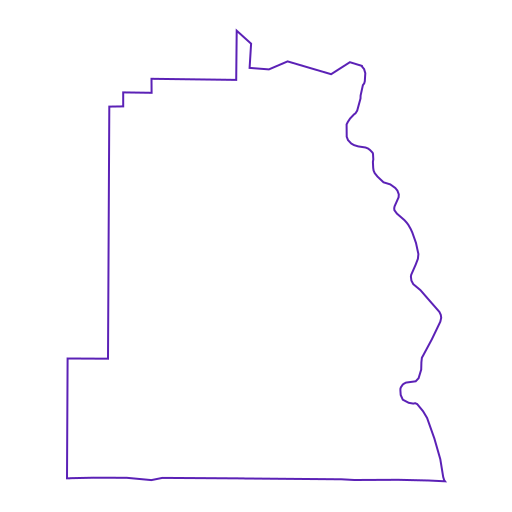 Asotin, Washington, United States of America (Albers equal-area conic projection)
{"feature_id": "52423323B79616802808075", "entity_name": "Asotin", "entity_type": "district", "adm_level": 2, "iso_a3": "USA", "parent_name": "United States of America", "parent_adm1": "Washington", "projection": "albers", "projection_center": [-117.06, 46.229], "detail": "fine", "context": "isolated", "style": "outline", "palette": "violet", "viewbox_px": 512, "rotation_deg": 0, "n_neighbors": 0, "source": "geoboundaries", "source_scale": "gbopen_adm2", "svg_char_len": 1505}
<svg xmlns="http://www.w3.org/2000/svg" viewBox="0 0 512 512"><path d="M361.9,65.9L349.9,62.2L331.1,74.2L287.6,61.4L268.9,69.4L249.6,67.9L251.1,43.7L236.7,30.7L236.2,79.9L151.5,78.8L151.6,92.8L123.2,92.4L123.2,106.4L109.3,106.6L108.0,358.7L67.6,358.5L67.0,478.3L70.0,478.3L70.2,478.2L93.8,477.7L126.8,477.8L151.4,480.1L162.3,477.9L243.4,478.4L244.9,478.5L246.2,478.5L341.8,479.3L354.3,480.0L398.2,479.8L428.5,480.5L445.0,481.3L444.2,480.2L443.2,477.0L440.3,459.2L434.4,438.6L427.1,418.0L423.1,411.3L417.2,404.1L415.2,403.2L413.3,403.6L408.7,402.8L402.8,399.7L400.7,395.0L400.4,390.6L400.4,388.8L400.9,387.3L402.8,384.5L404.1,383.6L406.0,382.6L415.7,381.3L418.6,378.2L421.2,369.6L421.4,362.2L421.9,357.7L423.2,355.4L431.8,339.4L440.3,321.7L441.2,317.8L440.8,314.9L439.4,311.9L427.5,298.3L420.4,290.1L413.3,284.2L411.4,280.6L410.9,276.6L411.2,274.8L415.6,264.8L417.9,258.8L418.4,254.1L416.0,243.0L412.3,232.5L410.7,229.0L408.3,224.8L406.8,222.8L404.5,220.2L396.9,213.6L394.4,210.2L394.2,208.2L394.6,206.3L398.6,197.3L398.8,194.4L397.4,190.6L395.3,188.0L390.3,184.4L383.5,182.3L377.5,176.6L374.7,173.1L373.6,170.6L373.2,167.9L372.9,161.9L373.3,159.4L373.0,153.9L372.6,152.7L370.0,150.0L368.0,148.5L365.5,147.5L358.2,146.4L354.0,145.1L351.2,143.5L348.0,140.1L346.7,136.7L346.7,135.7L346.6,124.4L347.8,122.0L350.1,118.5L354.0,114.4L355.5,113.3L357.2,110.6L360.5,98.5L360.6,95.5L362.9,85.1L364.2,83.4L364.8,81.2L365.3,73.2L364.1,69.1L361.9,66.4L361.9,65.9Z" fill="none" stroke="#5b21b6" stroke-width="2"/></svg>